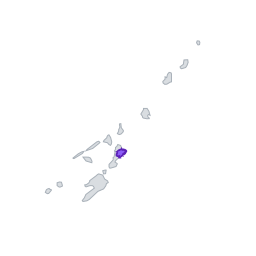 South West Malekula, Malampa, Vanuatu shown in context, rotated 243°
{"feature_id": "77236927B2761964185252", "entity_name": "South West Malekula", "entity_type": "district", "adm_level": 2, "iso_a3": "VUT", "parent_name": "Vanuatu", "parent_adm1": "Malampa", "projection": "robinson", "projection_center": [167.511, -16.429], "detail": "fine", "context": "in_parent", "style": "filled", "palette": "violet", "viewbox_px": 256, "rotation_deg": 243, "n_neighbors": 0, "source": "geoboundaries", "source_scale": "gbopen_adm2", "svg_char_len": 4907}
<svg xmlns="http://www.w3.org/2000/svg" viewBox="0 0 256 256"><g transform="rotate(243 128 128)"><path d="M87.9,60.3L89.7,70.7L91.7,70.7L92.8,70.1L94.0,67.7L94.6,63.9L95.6,63.3L97.0,63.7L96.4,65.0L96.8,68.0L97.8,69.7L98.5,70.0L99.9,78.0L100.4,79.7L100.4,81.1L97.5,84.1L93.2,84.0L90.1,85.8L88.3,85.6L88.3,83.6L86.6,82.0L84.8,78.6L85.2,72.4L81.9,61.0L81.8,58.2L83.0,54.5L84.1,54.3L85.6,57.4L87.9,60.3ZM106.3,100.3L107.5,101.0L108.2,101.0L108.6,102.5L112.6,105.6L113.7,105.5L114.6,107.1L116.3,108.0L116.7,109.7L117.9,111.4L115.8,113.5L111.7,113.0L109.4,115.4L107.3,114.7L106.9,113.5L107.2,113.1L106.0,109.9L105.4,105.0L104.5,102.1L103.6,100.9L101.7,102.0L100.9,102.2L99.1,99.8L100.0,95.0L100.4,93.6L101.9,93.4L104.2,94.6L106.3,100.3ZM158.9,189.9L157.6,191.4L156.5,191.3L149.4,187.7L149.7,186.3L149.4,182.6L150.2,180.6L152.2,179.7L153.7,180.2L154.6,183.1L156.8,184.3L155.3,185.3L157.9,187.6L158.9,189.9ZM134.6,145.8L137.4,150.3L138.4,150.7L136.8,153.9L133.4,154.2L129.3,153.4L130.8,152.3L130.0,151.0L128.8,150.8L127.4,151.4L126.7,151.2L127.6,149.1L129.9,146.2L130.6,145.9L131.2,145.9L131.8,146.2L134.6,145.8ZM130.6,107.9L127.4,108.2L123.0,107.2L121.2,105.8L120.5,104.5L122.0,103.5L124.2,103.0L126.9,99.8L127.9,101.0L128.9,104.6L130.0,105.6L130.6,106.7L130.6,107.9ZM163.2,208.8L161.7,212.2L159.2,211.4L156.9,208.9L155.7,206.8L156.5,202.6L157.7,201.9L158.9,202.2L159.6,206.2L163.2,208.8ZM128.3,96.3L127.8,96.4L127.4,94.9L125.8,87.2L126.8,80.3L127.5,81.8L129.8,93.9L129.5,95.9L128.3,96.3ZM134.7,121.8L135.5,122.3L135.1,123.6L131.3,122.1L128.2,122.7L127.4,122.6L126.5,121.4L125.8,119.0L126.1,117.3L127.4,116.2L127.9,116.0L128.8,117.4L129.7,118.4L130.6,118.8L132.5,121.2L134.7,121.8ZM120.0,79.5L118.2,80.9L114.7,80.8L113.5,80.0L117.7,75.6L122.5,74.7L120.0,79.5ZM111.0,42.5L109.9,44.1L106.8,43.5L106.0,43.1L106.2,40.5L107.0,39.6L108.9,38.7L111.4,40.0L111.0,42.5ZM108.4,31.3L108.0,31.6L107.3,31.4L105.7,27.6L106.1,26.3L108.2,25.1L110.0,27.2L110.2,28.4L110.1,29.4L109.9,30.3L108.6,30.6L108.4,31.3ZM127.7,76.1L127.2,78.1L126.0,75.8L125.3,66.3L125.6,65.4L126.2,65.3L127.6,72.0L127.7,76.1ZM174.2,229.2L173.2,230.9L171.7,230.9L169.8,229.6L170.2,228.1L172.3,227.8L173.0,227.9L174.2,229.2ZM100.9,88.6L100.4,89.4L97.5,87.3L98.2,85.4L101.4,86.1L100.9,88.6Z" fill="#d9dde1" stroke="#a8b0b8" stroke-width="1"/><path d="M105.5,106.6L105.5,106.8L105.4,106.9L105.4,107.0L105.5,107.2L105.5,107.3L105.4,107.4L105.5,107.4L105.5,107.5L105.5,107.8L105.4,107.9L105.4,108.0L105.3,108.3L105.4,108.2L105.5,108.3L105.6,108.5L105.6,108.8L105.7,109.1L105.8,109.0L106.0,109.2L106.1,109.4L106.1,109.5L106.1,109.8L106.1,110.1L106.1,110.3L106.0,110.5L105.9,110.6L106.0,110.6L106.3,110.9L106.5,111.0L106.6,111.3L106.8,111.5L106.8,111.4L106.8,111.5L107.0,111.6L107.1,111.8L107.0,112.0L107.2,112.3L107.1,112.6L107.0,112.8L106.9,112.9L106.9,113.0L107.0,113.0L107.1,112.8L107.2,113.1L107.3,113.0L107.3,113.3L107.2,113.4L107.0,113.2L106.9,113.1L107.0,113.1L106.9,113.0L106.9,112.9L106.7,113.0L106.6,112.9L106.4,112.8L106.4,113.0L106.5,113.2L106.5,113.3L106.4,113.4L106.4,113.5L106.5,113.8L106.6,114.0L106.8,114.2L107.1,114.4L107.2,114.5L107.3,114.5L107.4,114.8L107.5,114.8L107.6,115.0L107.6,114.9L107.5,115.0L107.8,115.2L108.2,115.2L108.3,115.1L108.5,115.3L108.4,115.3L108.5,115.4L108.5,115.5L108.4,115.7L108.5,115.8L108.7,115.7L108.8,115.4L108.7,115.3L108.7,115.2L108.9,115.2L109.0,115.2L109.1,115.3L109.2,115.5L109.3,115.7L109.5,115.6L109.7,115.4L109.5,115.2L109.7,115.3L109.7,115.2L109.8,115.2L109.8,114.9L109.8,114.7L110.0,114.4L110.4,114.4L110.4,114.5L110.5,114.6L110.4,114.7L110.4,114.8L110.5,114.8L110.6,114.7L110.8,114.6L111.0,114.6L111.1,114.3L111.1,114.1L110.9,114.0L110.8,113.9L110.7,113.8L110.7,113.7L110.8,113.5L110.9,113.4L111.1,113.3L111.3,113.2L111.2,113.0L111.3,113.0L111.3,112.9L111.4,112.7L111.5,112.6L111.6,112.8L111.8,112.9L112.0,113.0L112.3,113.0L112.2,112.9L112.3,112.8L112.2,112.7L112.3,112.5L112.3,112.3L112.2,112.3L112.1,112.2L112.2,111.9L112.3,111.9L112.3,111.7L112.4,111.4L112.3,111.2L112.2,110.9L112.3,110.8L112.4,110.7L112.3,110.4L112.3,110.2L112.2,110.2L112.3,110.0L112.2,110.0L112.3,109.8L112.3,109.5L112.3,109.1L112.3,108.8L112.2,108.6L112.2,108.4L112.1,108.2L112.0,107.8L111.9,107.7L111.9,107.4L111.8,107.5L111.7,107.4L111.4,107.3L111.1,107.3L111.0,107.2L110.9,107.3L110.7,107.2L110.4,107.0L110.4,106.9L110.2,106.7L109.9,106.4L110.0,106.3L110.3,106.2L110.2,106.0L110.1,105.9L109.9,105.7L109.6,105.6L109.3,105.4L109.1,105.3L108.6,105.5L108.5,105.3L108.4,105.4L108.1,105.4L107.9,105.5L107.7,105.8L107.7,106.0L107.6,106.3L107.5,106.5L107.4,106.6L107.2,106.6L107.1,106.8L107.0,107.0L107.0,107.3L106.9,107.2L106.7,107.0L106.7,106.9L106.7,106.7L106.6,106.8L106.6,106.7L106.3,106.6L106.2,106.7L105.9,106.6L105.7,106.6L105.5,106.6ZM107.8,115.9L107.9,116.0L108.2,116.2L108.3,116.2L108.2,116.0L108.2,115.9L108.0,115.6L107.9,115.6L107.7,115.7L107.7,115.8L107.8,115.9Z" fill="#8b5cf6" stroke="#5b21b6" stroke-width="1.5"/></g></svg>